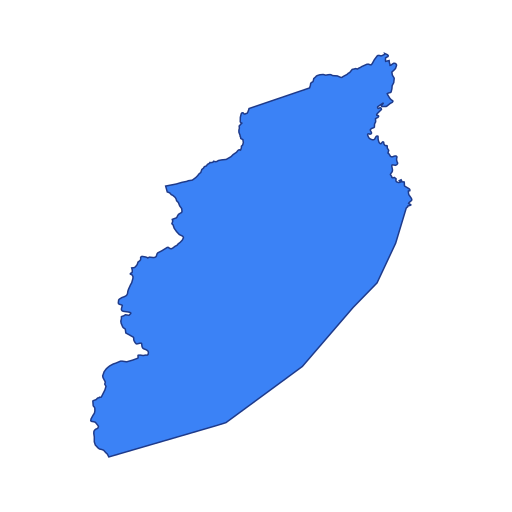 outline of El Paraiso, El Paraíso, Honduras, rotated 95°
{"feature_id": "27666195B18582423233621", "entity_name": "El Paraiso", "entity_type": "district", "adm_level": 2, "iso_a3": "HND", "parent_name": "Honduras", "parent_adm1": "El Paraíso", "projection": "natural_earth1", "projection_center": [-86.568, 13.849], "detail": "fine", "context": "isolated", "style": "filled", "palette": "blue", "viewbox_px": 512, "rotation_deg": 95, "n_neighbors": 0, "source": "geoboundaries", "source_scale": "gbopen_adm2", "svg_char_len": 6067}
<svg xmlns="http://www.w3.org/2000/svg" viewBox="0 0 512 512"><g transform="rotate(95 256 256)"><path d="M194.2,352.1L199.9,350.0L200.6,347.5L202.3,345.7L202.8,344.2L204.7,341.6L206.1,340.6L207.9,339.9L209.5,338.0L212.7,336.4L215.2,334.2L217.9,333.6L219.1,333.9L221.2,336.8L222.7,337.6L224.3,338.2L224.9,338.6L226.8,342.6L227.2,342.6L227.9,342.1L228.7,342.0L231.2,342.6L232.3,341.3L235.5,339.9L238.6,337.3L241.3,334.3L242.6,330.9L243.6,330.0L244.2,329.9L246.6,330.8L249.1,332.8L250.7,334.6L252.2,335.6L253.4,337.5L255.5,339.8L256.1,340.8L256.1,342.3L255.0,344.3L255.2,345.2L259.1,350.4L261.4,354.1L262.3,354.7L264.9,355.3L265.5,355.7L266.1,356.5L266.5,357.9L266.4,362.0L267.4,363.7L266.9,364.6L266.6,365.9L266.3,369.3L266.5,370.0L267.1,370.6L267.4,370.8L269.1,370.6L270.1,370.8L270.9,371.4L272.3,373.0L274.9,373.6L276.7,374.8L277.6,375.5L278.2,376.3L278.7,378.8L280.9,378.0L282.8,377.9L283.3,378.1L284.2,379.4L284.8,379.7L285.1,379.4L285.4,378.1L286.5,377.2L287.5,376.7L289.2,376.7L293.5,377.5L295.4,378.4L300.2,380.1L302.3,380.6L304.5,380.7L305.5,381.0L306.4,381.5L307.2,382.3L308.1,383.8L309.1,386.0L310.9,388.4L311.8,389.0L314.6,389.1L315.5,388.8L316.0,387.9L316.5,385.4L316.9,384.9L320.6,385.5L321.4,385.3L322.1,384.8L322.5,384.1L322.7,383.0L322.9,378.7L323.1,377.0L323.4,376.1L323.8,375.7L324.3,375.8L326.2,377.4L325.9,381.0L327.1,382.5L327.9,384.4L328.2,384.8L330.1,384.6L332.6,385.0L334.7,384.5L338.3,382.6L339.1,381.8L339.9,380.3L340.4,379.8L344.0,379.0L347.5,371.2L348.2,370.7L349.5,370.6L350.9,370.2L352.8,368.9L353.9,367.7L354.0,367.2L353.7,366.1L352.9,363.8L352.9,362.6L353.2,362.3L356.3,361.6L357.6,360.8L358.2,359.9L358.9,357.4L359.4,356.4L360.3,355.2L361.3,354.8L363.5,354.9L364.3,355.8L364.3,357.2L365.0,359.7L364.8,362.5L365.0,364.4L365.2,364.8L365.7,364.9L367.0,364.6L367.8,364.6L368.4,365.4L370.5,369.9L372.7,375.6L372.4,380.3L372.6,381.9L375.0,386.4L376.0,388.8L378.2,392.1L379.8,393.8L381.4,395.3L384.5,397.2L388.8,398.3L390.5,397.8L394.7,395.1L396.8,395.5L398.9,394.1L402.5,394.8L410.0,397.8L410.3,398.7L410.3,399.6L410.9,400.1L411.3,401.4L413.0,402.8L414.3,405.5L414.7,405.9L419.0,405.2L419.7,404.9L420.5,404.0L421.6,403.3L424.4,403.0L426.7,403.3L428.7,404.4L432.6,406.1L434.4,406.3L434.8,406.0L435.1,405.4L435.3,402.8L435.7,401.5L438.6,398.7L439.5,398.1L441.0,398.4L442.0,399.5L442.3,400.3L443.1,401.2L444.1,401.9L445.1,402.2L447.0,402.1L450.4,401.3L455.2,400.9L458.3,399.6L461.0,396.6L461.9,395.1L462.2,392.8L462.8,390.8L465.0,388.5L466.3,386.8L469.0,385.1L428.8,281.7L424.6,271.4L362.0,200.2L298.7,154.7L272.3,133.1L231.1,118.0L195.1,110.5L193.8,109.2L193.4,109.3L193.0,109.1L192.1,106.8L191.6,106.2L191.3,106.4L190.5,108.4L190.3,108.6L189.4,108.1L187.1,105.9L186.5,105.7L185.7,105.9L184.7,106.5L181.6,109.1L180.0,109.6L178.0,109.9L177.8,109.5L177.6,108.5L177.0,108.4L176.4,108.6L175.8,109.1L173.4,114.0L172.8,114.3L170.3,114.6L169.3,114.9L169.4,117.3L168.3,117.5L167.4,118.1L168.4,119.8L169.5,118.5L170.0,118.8L170.4,120.2L170.0,122.1L169.6,122.7L169.0,123.1L167.9,123.3L167.1,123.1L166.8,123.3L165.7,125.0L166.2,126.4L166.0,127.4L165.8,127.6L165.0,127.7L163.3,129.2L162.3,129.0L160.4,127.8L159.3,127.5L158.0,127.6L154.6,128.6L153.7,128.5L153.4,128.3L153.3,127.6L153.5,124.9L152.6,123.6L151.6,123.0L151.0,123.0L149.9,123.7L148.1,124.3L146.8,124.4L145.1,124.2L144.7,124.4L144.2,125.1L144.2,126.0L144.5,127.1L145.2,128.4L145.4,129.3L145.3,130.1L144.9,130.8L142.6,132.5L141.9,133.5L139.2,133.0L137.1,134.6L134.9,134.9L134.6,135.4L134.8,136.1L134.7,136.8L134.3,137.5L133.1,138.4L131.6,138.7L131.2,139.3L131.2,139.6L131.5,140.0L133.2,141.2L133.3,141.9L132.9,142.6L132.0,143.4L130.4,144.1L128.6,144.6L126.4,144.8L126.0,145.0L125.9,145.7L126.2,146.5L127.1,147.1L129.3,148.0L129.9,148.9L130.1,149.9L129.7,151.8L128.9,153.4L127.6,154.4L125.7,155.4L125.0,155.3L124.5,154.9L124.4,154.1L124.7,153.4L124.7,153.0L124.4,152.2L123.9,151.7L123.0,151.7L121.0,153.0L120.1,153.1L118.9,152.0L117.9,149.9L117.3,149.3L114.1,149.4L111.9,148.5L108.7,148.9L107.3,146.6L106.2,146.0L105.8,146.1L105.5,146.4L105.2,148.0L104.5,148.1L103.4,147.5L99.1,143.8L97.9,144.2L97.5,144.8L97.6,145.6L98.3,146.7L98.3,147.3L97.6,147.8L96.7,147.8L92.7,142.9L92.8,142.6L93.2,142.7L95.0,144.1L95.6,144.2L95.9,144.0L96.1,143.0L95.7,139.3L95.2,138.6L92.4,135.7L91.0,133.6L90.3,133.2L89.8,133.1L89.4,133.4L88.6,134.9L87.4,136.3L83.9,138.9L82.8,139.4L82.0,138.1L81.4,136.2L80.8,135.7L77.6,135.2L74.4,135.2L71.3,133.9L67.1,133.8L66.4,134.1L64.0,135.9L61.0,136.7L58.4,134.4L57.1,133.4L53.9,132.6L53.3,132.7L52.7,133.0L52.0,134.1L51.9,135.4L52.6,136.5L54.2,138.3L54.4,139.1L53.3,139.3L51.8,140.0L49.7,140.4L50.8,143.8L49.7,144.1L47.3,144.2L45.8,141.9L45.0,141.7L44.5,142.0L44.0,142.7L43.0,145.5L43.5,145.3L44.3,146.0L45.5,148.1L45.8,149.1L45.5,150.2L45.5,151.5L45.7,152.2L46.1,152.7L50.1,155.2L54.0,156.9L55.4,157.8L55.6,158.7L55.1,160.8L55.3,162.2L58.2,167.4L59.0,168.3L59.9,170.0L60.9,171.2L60.6,173.2L61.1,174.3L61.7,176.4L65.1,178.7L65.9,180.0L67.1,181.0L69.7,185.0L70.5,185.8L70.7,186.5L70.6,187.4L69.5,190.7L69.6,195.3L68.9,197.1L68.8,198.0L69.1,199.8L69.8,202.3L69.3,204.9L69.9,208.2L70.6,210.0L71.4,211.5L72.4,212.2L74.2,213.9L77.0,214.3L77.6,214.7L78.4,216.0L79.4,216.6L81.5,216.7L83.9,217.3L109.7,275.8L110.9,276.0L113.4,276.7L114.5,277.2L114.8,277.8L115.0,278.5L115.4,279.0L115.6,279.8L115.5,280.3L114.6,281.1L114.5,282.3L115.5,283.1L119.2,283.7L123.7,283.4L124.4,282.8L124.9,281.7L125.3,281.9L126.1,282.8L127.0,283.3L128.0,284.1L130.1,283.7L132.0,284.0L134.2,283.8L137.4,282.3L138.3,282.2L138.9,281.7L140.3,281.4L141.2,279.2L144.2,278.5L146.6,279.0L147.9,280.1L149.6,280.0L151.8,280.6L152.0,280.9L151.6,281.7L151.9,282.6L152.6,283.3L154.4,284.5L156.9,287.6L159.2,289.5L162.4,294.1L163.2,298.4L163.9,300.9L164.2,301.9L165.2,303.1L165.5,304.0L165.6,304.7L165.3,306.5L166.2,307.0L166.5,307.4L167.0,309.4L166.8,310.0L167.9,310.7L168.9,312.3L170.6,313.3L171.5,315.2L172.6,315.8L173.0,315.9L174.5,317.5L177.6,318.3L179.5,320.2L180.8,320.9L183.0,322.7L186.0,326.1L186.9,330.0L187.7,331.5L189.1,336.3L191.2,341.6L194.2,352.1Z" fill="#3b82f6" stroke="#1e3a8a" stroke-width="1.5"/></g></svg>